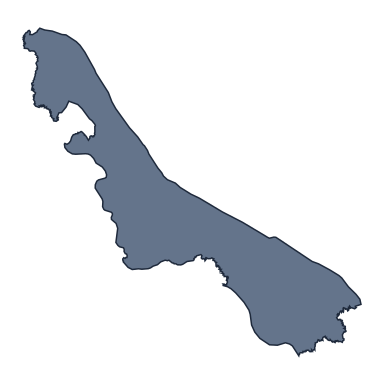 outline of Tha Uthen, Nakhon Phanom, Thailand
{"feature_id": "78962969B23223373784889", "entity_name": "Tha Uthen", "entity_type": "district", "adm_level": 2, "iso_a3": "THA", "parent_name": "Thailand", "parent_adm1": "Nakhon Phanom", "projection": "mercator", "projection_center": [104.479, 17.636], "detail": "fine", "context": "isolated", "style": "filled", "palette": "slate", "viewbox_px": 384, "rotation_deg": 0, "n_neighbors": 0, "source": "geoboundaries", "source_scale": "gbopen_adm2", "svg_char_len": 5822}
<svg xmlns="http://www.w3.org/2000/svg" viewBox="0 0 384 384"><path d="M39.1,107.4L40.2,106.3L39.9,106.0L40.4,106.1L40.8,105.5L41.2,106.8L42.4,106.6L41.9,106.3L42.1,105.3L43.5,105.0L43.4,105.7L44.5,105.8L44.5,107.5L44.9,107.1L45.7,107.8L46.4,107.2L46.3,108.2L47.4,108.5L47.3,109.0L48.6,109.0L49.3,110.2L50.0,109.9L49.9,111.6L50.5,111.2L51.2,112.0L50.3,112.7L50.4,113.5L51.0,113.6L50.6,115.5L51.3,115.7L50.9,116.1L51.5,116.2L51.8,117.6L53.9,118.9L53.2,119.6L53.7,120.9L56.2,121.3L58.3,119.9L58.1,119.0L57.5,119.4L57.0,118.9L57.9,117.8L57.0,117.8L56.8,117.2L57.7,116.6L57.5,116.1L59.0,112.8L61.6,112.6L66.1,107.1L68.8,101.2L77.8,104.5L82.2,108.9L89.5,118.8L91.9,120.6L94.9,124.3L95.4,125.8L94.8,126.5L94.9,132.2L94.5,133.2L94.9,134.4L93.7,136.6L93.1,136.0L92.4,136.7L91.6,135.9L90.4,136.1L89.9,136.7L89.8,138.2L88.4,140.2L86.1,136.2L84.5,135.1L84.8,134.8L82.2,132.1L81.1,131.5L79.2,132.7L77.9,132.5L77.9,133.6L75.4,133.8L74.9,134.4L73.3,134.7L71.7,137.2L70.6,140.9L69.0,143.0L67.0,144.3L64.9,143.4L64.4,144.1L64.9,147.6L67.9,151.3L72.3,153.9L75.6,154.2L85.6,153.7L88.1,154.0L90.5,155.1L93.7,158.5L96.1,163.1L102.3,167.0L105.4,171.1L106.6,174.8L106.2,177.4L104.8,178.2L98.5,179.9L96.8,181.2L95.3,184.7L95.2,188.1L102.2,199.0L102.9,201.6L102.6,206.7L103.8,209.3L104.9,210.2L111.3,212.2L112.3,213.3L112.4,214.9L111.3,217.4L111.5,219.5L116.1,223.4L117.7,228.3L115.9,242.5L117.9,245.4L119.6,246.8L123.5,247.8L124.2,249.4L124.1,251.6L125.3,253.7L126.6,254.0L127.2,255.7L126.9,257.5L125.9,257.5L125.1,258.4L123.8,257.7L122.8,258.9L122.8,260.2L123.5,261.2L123.2,261.8L128.1,267.4L132.2,269.5L138.5,268.8L141.8,269.2L148.2,268.7L150.5,267.9L153.2,266.1L157.5,264.7L160.7,261.9L165.1,260.2L167.5,260.7L168.9,260.2L172.2,262.9L173.7,263.1L174.1,263.8L176.0,263.8L177.4,264.8L180.8,264.9L182.7,264.3L187.0,261.5L193.2,260.6L194.1,259.7L193.9,258.5L194.7,258.1L195.1,256.9L195.8,257.2L196.6,255.8L200.9,254.6L201.9,255.6L201.3,258.0L202.3,259.0L203.6,258.7L204.8,259.4L205.0,260.7L206.1,259.3L205.5,258.2L206.0,257.6L208.0,258.7L210.6,258.6L211.7,257.9L213.8,258.8L212.9,259.9L213.0,260.4L214.6,260.6L215.0,261.9L216.5,262.4L215.9,263.0L216.1,266.2L216.7,266.8L217.5,266.3L217.6,265.4L218.5,265.7L218.3,266.7L219.4,267.0L219.2,267.5L219.8,267.8L219.0,269.2L221.0,269.4L220.1,270.1L220.2,271.1L220.6,270.2L220.7,270.8L222.7,272.2L222.6,272.9L221.9,273.2L223.6,273.7L223.0,274.9L223.9,275.0L224.2,276.6L226.0,276.3L226.6,277.2L227.5,276.6L227.6,277.4L228.2,277.3L228.1,278.2L226.9,278.5L226.5,280.1L227.3,280.1L226.9,280.8L227.4,281.3L227.3,282.5L227.7,282.3L226.5,283.9L226.7,284.7L224.6,284.8L224.2,284.1L223.1,284.1L223.5,284.6L223.2,285.5L227.5,286.7L231.1,288.8L235.7,292.9L244.1,302.4L249.0,310.2L250.2,314.3L251.6,325.0L254.8,332.1L259.9,338.4L269.5,344.8L277.5,345.2L285.4,342.8L289.6,344.0L292.4,345.9L298.8,355.8L299.1,354.4L299.5,354.3L299.4,353.4L300.5,352.7L302.7,352.8L302.9,351.5L303.9,351.9L304.1,351.4L304.7,351.5L304.3,350.9L305.1,351.5L306.0,350.5L306.4,350.9L306.6,350.4L308.1,350.1L310.0,351.7L310.5,351.3L311.1,351.7L311.9,350.7L311.8,350.1L312.6,351.1L312.7,350.4L313.3,350.1L313.0,349.5L313.5,349.9L314.5,349.3L314.8,349.7L314.7,347.2L315.3,345.9L314.9,344.8L315.5,344.0L315.2,343.0L317.2,342.2L318.1,339.7L319.1,340.0L319.4,341.1L321.2,340.6L321.4,339.8L322.9,340.4L322.5,338.9L323.0,337.4L325.1,336.3L325.3,337.5L326.4,337.4L326.1,338.3L327.6,339.2L327.6,339.7L329.2,340.5L330.4,340.2L330.4,339.8L331.9,341.6L332.6,341.3L332.7,342.0L333.9,341.7L334.4,342.2L335.0,341.2L335.3,341.8L335.5,341.0L336.8,340.7L336.6,341.3L338.0,340.8L338.3,341.7L340.3,341.4L342.3,342.3L342.9,340.6L343.8,340.3L344.0,338.9L342.9,338.2L342.4,334.8L344.0,331.9L344.8,332.1L345.8,331.5L345.4,331.1L345.8,330.5L345.0,329.5L345.3,328.6L344.0,328.3L345.3,327.3L345.3,326.4L342.5,325.5L342.6,324.3L343.2,324.3L342.9,323.4L342.2,323.4L342.8,322.8L341.4,321.6L342.4,320.9L342.2,320.4L340.8,320.3L340.7,319.5L339.8,319.3L339.1,319.5L339.0,320.6L338.8,319.7L337.9,319.8L336.6,317.6L338.8,315.1L337.2,314.8L337.9,313.7L339.0,314.4L340.0,311.9L340.8,311.8L340.7,311.1L341.2,311.1L341.6,312.3L342.2,311.2L343.4,312.1L343.6,310.9L342.8,310.3L343.5,309.1L343.1,308.2L343.6,307.7L345.4,308.5L345.3,309.3L346.9,308.9L347.7,310.9L348.6,310.2L348.5,307.3L349.4,307.4L349.6,306.1L350.1,306.6L349.7,308.5L351.5,307.7L354.7,308.8L356.2,307.6L355.4,307.1L355.3,306.3L361.0,304.4L359.9,299.3L356.0,294.3L348.4,286.8L341.8,278.0L338.9,275.5L329.6,269.8L318.5,263.8L312.2,261.5L275.9,237.3L273.9,237.1L269.4,238.2L267.7,237.4L242.5,222.3L222.5,212.0L199.4,198.2L190.8,194.1L180.1,187.4L175.4,183.1L167.4,179.7L163.5,176.1L161.7,172.7L158.0,168.2L148.9,154.1L147.5,150.5L144.4,145.7L143.1,144.7L137.7,136.9L129.5,127.8L115.7,108.6L111.9,101.8L108.3,92.5L96.0,73.2L94.5,69.5L84.8,52.1L80.0,45.3L76.2,41.6L66.0,34.9L61.9,34.5L52.3,31.1L44.7,30.0L39.8,28.2L37.4,30.8L37.3,31.7L32.6,34.6L29.8,34.5L30.3,31.8L29.2,30.4L28.3,30.7L27.1,32.4L26.1,32.6L23.7,35.8L24.5,36.1L24.0,36.5L24.4,36.8L23.8,37.1L24.3,37.2L23.7,38.2L24.3,38.1L24.2,39.0L23.8,39.3L23.3,38.7L23.0,39.4L23.6,40.2L24.0,40.1L23.9,41.0L23.2,41.5L23.7,41.3L23.7,41.8L24.7,42.0L25.2,43.1L24.5,43.0L24.8,44.3L24.1,44.1L24.3,44.7L23.6,45.4L24.4,46.9L24.3,48.3L27.5,48.6L28.7,49.5L29.0,50.6L30.1,51.2L31.5,50.8L34.4,51.2L36.0,53.3L35.3,54.4L37.6,56.3L36.9,57.4L38.0,57.9L37.4,59.7L37.9,61.0L37.3,61.2L36.0,63.2L37.4,66.7L37.4,67.5L36.7,68.1L37.4,68.5L37.2,69.3L35.5,71.3L35.8,73.3L35.1,74.1L35.3,75.2L34.1,78.7L34.4,79.2L33.2,80.6L33.3,82.3L31.7,83.3L32.0,84.9L33.2,85.2L32.3,86.1L32.4,87.2L31.9,88.1L33.0,88.5L32.1,89.3L33.2,89.7L32.1,90.2L33.0,90.7L33.7,90.3L33.5,91.2L35.5,92.8L35.2,94.0L33.7,95.0L34.4,95.6L34.1,97.1L33.5,96.8L34.0,98.6L33.4,99.3L34.8,101.7L34.7,103.2L34.3,103.7L34.7,103.8L34.0,104.3L35.3,104.1L34.5,104.6L35.6,106.1L39.1,107.4Z" fill="#64748b" stroke="#1e293b" stroke-width="1.5"/></svg>